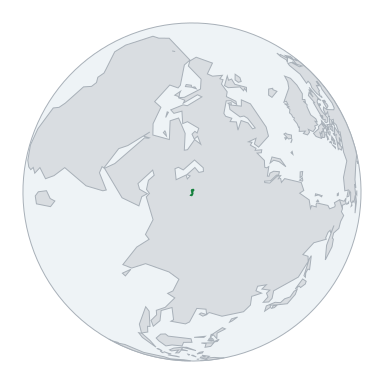 Khorezm highlighted on a globe, orthographic projection, rotated 72°
{"feature_id": "UZB-355", "entity_name": "Khorezm", "entity_type": "Region", "adm_level": 1, "iso_a3": "UZB", "parent_name": "Uzbekistan", "parent_adm1": "", "projection": "orthographic", "projection_center": [60.994, 41.256], "detail": "fine", "context": "on_globe", "style": "filled", "palette": "green", "viewbox_px": 384, "rotation_deg": 72, "n_neighbors": 0, "source": "natural_earth", "source_scale": "10m", "svg_char_len": 11347}
<svg xmlns="http://www.w3.org/2000/svg" viewBox="0 0 384 384"><g transform="rotate(72 192 192)"><circle cx="192" cy="192" r="169" fill="#eef3f6" stroke="#a8b0b8"/><path d="M199.4,23.2L204.4,23.6L207.6,23.9L215.2,27.3L230.7,33.2L238.8,34.9L234.6,35.0L252.0,38.6L262.5,43.5L248.7,38.2L245.7,37.9L251.9,41.1L250.2,41.6L252.2,43.6L249.6,44.0L241.7,41.3L239.9,41.7L244.4,44.0L244.6,46.2L238.4,42.7L238.1,46.3L224.9,43.4L210.3,35.2L201.0,35.5L180.6,32.6L180.4,33.9L172.6,34.1L169.5,35.9L166.6,35.2L166.7,37.2L169.9,37.5L171.1,38.6L169.6,39.8L165.6,39.0L165.8,38.3L163.8,38.7L162.5,37.9L162.3,39.0L157.6,38.2L159.9,40.8L154.3,41.6L151.9,40.7L155.2,38.4L157.6,31.8L156.1,30.8L150.7,31.3L134.3,36.7L131.4,36.9L125.3,38.8L125.4,39.6L130.3,38.4L129.1,40.7L135.2,39.5L135.6,40.4L140.6,40.4L136.6,43.0L129.9,45.8L125.5,46.0L122.5,47.4L124.0,49.5L113.3,52.8L101.8,60.2L99.4,61.0L99.4,57.6L106.1,51.1L106.2,48.3L102.8,53.0L96.8,55.6L94.4,57.4L92.8,59.1L93.8,59.4L91.0,61.1L93.4,56.6L95.9,55.0L95.1,56.3L98.2,53.4L99.8,51.2L96.6,53.0L102.2,48.9L113.2,42.5L124.7,37.0L136.6,32.4L148.8,28.7L161.3,25.9L173.9,24.0L186.6,23.1L199.4,23.2ZM202.2,23.3L204.9,23.5L209.4,24.1L204.7,23.6L201.1,23.3L202.2,23.3ZM216.5,25.7L213.8,25.4L213.8,24.9L215.4,25.2L216.5,25.7ZM245.0,36.2L241.5,34.8L245.5,36.1L245.0,36.2ZM252.9,43.8L254.4,44.1L254.8,45.1L252.9,43.8ZM142.5,39.0L141.6,39.7L141.1,39.3L142.5,39.0ZM145.5,38.5L145.7,37.6L147.2,37.2L147.0,37.7L145.5,38.5ZM251.3,46.7L251.4,48.2L249.9,46.1L251.3,46.7ZM145.0,39.7L149.8,36.7L152.3,36.1L154.1,37.9L145.0,39.7ZM250.6,48.9L251.1,53.1L254.5,54.1L245.0,54.1L247.8,50.2L245.4,47.4L248.5,48.9L250.6,48.9ZM171.6,37.2L168.1,36.9L172.4,36.1L171.6,37.2ZM174.1,36.4L185.9,33.2L190.3,34.5L185.5,35.2L192.4,36.3L188.8,38.4L184.2,38.3L182.0,37.0L182.3,38.9L174.1,36.4ZM239.7,53.6L238.7,54.3L238.3,53.1L239.7,53.6ZM171.8,39.0L173.8,38.1L177.8,39.1L174.6,41.1L174.3,40.1L171.8,39.0ZM195.9,35.6L198.3,36.9L196.1,38.9L196.7,39.7L189.1,38.6L195.9,35.6ZM172.7,40.5L172.8,42.1L169.6,42.8L170.2,40.0L172.7,40.5ZM180.2,38.6L181.9,39.2L179.9,39.5L180.2,38.6ZM158.1,46.5L160.4,45.1L162.7,45.5L158.1,46.5ZM173.1,42.7L174.3,42.5L175.4,42.5L174.9,43.7L173.1,42.7ZM188.0,40.2L186.6,40.9L191.0,40.8L189.5,42.5L184.7,41.5L186.1,42.7L185.7,43.2L182.3,41.9L188.0,40.2ZM177.8,45.2L171.1,44.9L166.4,47.2L164.2,46.9L172.2,43.3L177.8,45.2ZM180.7,43.3L178.4,44.4L176.9,43.3L177.5,42.0L180.7,43.3ZM190.2,44.1L193.8,41.7L194.7,42.0L190.2,44.1ZM176.7,46.1L178.3,46.2L176.5,46.4L176.7,46.1ZM186.4,44.9L187.5,43.9L188.6,44.3L186.4,44.9ZM180.6,47.2L178.5,47.0L178.9,46.0L180.6,47.2ZM183.5,46.3L184.7,47.1L180.3,45.8L183.9,45.8L183.5,46.3ZM187.2,45.4L188.2,45.3L186.6,45.8L187.2,45.4ZM180.5,51.3L174.9,49.9L175.7,47.6L181.0,49.2L180.5,51.3ZM31.8,209.7L31.8,181.0L35.4,176.1L38.7,166.2L65.9,153.2L68.8,160.0L86.9,170.1L88.7,173.1L83.4,180.1L94.5,199.6L101.8,195.4L115.0,207.9L125.7,211.6L135.1,197.3L117.5,190.8L117.5,181.9L134.1,180.4L149.9,186.4L150.4,183.2L143.0,173.3L149.3,168.9L140.7,169.4L142.3,173.5L137.0,174.1L135.2,170.5L137.5,168.9L133.5,165.9L123.7,174.6L124.1,179.7L112.0,176.6L111.6,184.9L107.3,186.8L106.4,173.5L108.5,169.8L104.6,153.2L101.2,156.7L104.8,172.8L102.5,170.5L98.0,176.0L99.6,170.0L96.7,152.1L87.5,148.5L71.1,156.5L66.7,153.6L65.1,146.4L75.7,132.7L84.4,140.9L88.2,136.7L90.4,127.0L92.9,130.5L94.8,127.8L98.5,130.6L107.6,127.6L111.9,129.8L119.3,122.2L122.5,122.5L117.2,126.8L115.9,131.3L127.1,137.4L130.4,136.6L134.2,131.3L136.8,134.0L139.1,128.1L147.4,129.2L139.2,123.2L143.6,117.4L150.6,114.9L150.6,112.1L139.1,116.3L135.8,119.1L135.4,123.1L125.2,130.4L120.6,129.8L125.6,118.5L119.6,116.6L126.2,109.2L153.1,101.4L162.5,102.0L169.9,114.8L165.6,117.8L160.7,114.5L161.7,122.8L163.3,119.6L165.5,122.0L170.2,117.6L171.9,119.1L173.4,112.6L176.1,113.9L175.1,118.1L184.3,113.4L190.9,115.2L192.1,113.5L191.5,111.1L200.2,115.4L200.8,113.9L198.1,112.0L197.5,107.9L199.7,102.6L202.6,104.3L202.1,106.5L205.6,113.9L204.1,119.7L205.5,119.9L207.5,115.3L203.3,106.2L203.8,102.6L206.5,106.5L205.5,104.8L206.7,103.5L210.5,104.0L207.9,99.7L216.7,85.2L225.1,85.2L226.4,90.0L235.7,83.0L244.3,84.4L241.9,82.5L244.6,78.4L242.0,77.8L241.0,76.6L246.8,66.9L250.5,66.3L250.2,60.8L248.9,59.9L246.2,59.9L245.0,54.1L254.5,54.1L256.9,56.0L261.2,55.0L266.0,59.8L272.0,63.6L274.8,70.0L279.3,72.8L280.5,72.1L287.4,75.8L297.8,86.2L284.3,80.5L267.7,67.3L274.0,72.7L271.1,72.5L272.4,75.1L277.0,79.1L278.4,78.9L277.9,91.8L285.8,105.9L289.0,101.5L294.0,103.0L305.8,117.2L311.2,144.9L317.9,148.7L320.3,153.0L318.9,158.4L315.3,152.2L311.2,152.4L309.4,148.3L305.9,155.5L303.2,150.0L301.9,158.7L305.7,161.7L309.7,157.1L309.7,167.5L317.6,171.4L321.8,180.0L319.4,201.9L312.1,212.6L312.4,215.8L307.8,214.9L304.2,223.4L314.8,234.5L315.4,239.0L308.4,252.0L307.8,249.0L295.7,246.7L295.2,258.0L304.5,262.2L307.7,270.3L301.4,270.6L297.9,263.6L293.5,262.5L293.4,253.1L287.4,241.1L280.9,246.5L280.2,240.7L270.9,231.4L260.9,238.6L245.8,258.3L245.7,272.9L239.7,280.2L227.3,261.6L223.7,247.4L218.0,249.4L206.3,237.6L182.5,237.0L180.2,232.9L175.5,234.5L167.4,229.8L164.4,222.8L159.0,222.6L167.3,240.8L173.2,241.0L179.8,235.0L180.9,241.2L188.8,246.8L175.9,260.3L142.4,267.9L141.1,256.6L125.8,220.3L127.4,217.0L127.4,216.6L127.3,215.8L123.9,220.9L121.9,213.6L128.0,238.7L128.1,248.3L141.9,268.4L140.1,269.7L145.1,274.1L163.6,272.9L163.3,276.4L153.4,290.8L129.5,305.5L133.8,318.2L134.1,327.2L121.8,329.1L125.5,335.7L119.6,335.4L120.9,338.4L117.7,339.5L111.2,338.4L97.3,331.1L94.3,328.3L84.2,319.0L69.2,298.0L70.4,292.3L68.3,285.0L58.5,262.7L60.5,254.9L58.4,249.0L53.8,246.1L51.7,239.0L49.1,236.3L34.8,222.2L31.8,209.7ZM53.2,164.6L51.7,167.3L53.2,164.6ZM164.6,201.0L175.4,203.3L174.0,192.3L178.1,192.4L176.1,188.8L173.9,191.5L169.6,181.7L175.5,179.4L176.0,174.8L172.4,173.8L162.3,179.7L168.3,193.5L164.3,197.3L164.6,201.0ZM96.7,55.8L96.4,56.2L94.4,58.1L94.5,57.5L96.7,55.8ZM90.4,65.9L86.1,68.4L89.2,66.0L88.6,65.4L94.3,59.9L98.4,61.2L95.5,61.4L90.4,65.9ZM103.1,53.5L99.0,56.5L103.4,53.2L103.1,53.5ZM102.1,111.1L102.0,114.1L98.7,116.4L93.3,114.6L98.0,111.1L102.1,111.1ZM102.8,118.0L109.3,107.9L113.0,109.0L109.8,110.0L111.6,111.7L106.9,113.9L104.0,125.3L100.9,128.2L92.5,122.6L97.0,122.7L96.8,119.5L102.8,118.0ZM119.6,83.5L122.5,80.1L126.7,86.7L123.5,89.2L117.8,87.3L118.3,83.2L119.6,83.5ZM147.2,43.8L148.0,42.8L149.1,42.9L149.3,43.9L147.2,43.8ZM159.0,45.8L144.7,48.9L144.9,47.8L136.2,51.5L133.4,49.9L139.2,47.5L130.5,49.3L134.6,46.6L128.6,48.3L141.6,43.0L144.9,40.9L142.3,43.8L144.8,45.1L146.8,45.1L155.1,43.6L163.4,40.1L167.2,41.2L167.6,43.0L166.2,44.0L164.2,42.9L163.8,45.1L159.8,44.2L159.0,45.8ZM170.8,68.0L169.1,65.4L167.5,71.3L163.5,69.8L163.6,70.6L159.5,70.9L154.6,72.8L153.2,71.7L151.9,73.0L149.2,73.4L146.9,74.8L143.7,73.4L140.7,75.1L140.9,73.5L136.5,76.8L138.3,73.7L134.9,74.2L135.0,76.9L123.1,67.8L116.7,66.9L110.4,68.1L114.3,63.2L122.7,59.2L132.6,56.7L138.2,58.5L138.9,56.1L141.8,56.4L140.0,58.1L144.5,55.6L146.4,56.3L155.3,55.3L160.6,51.6L163.9,51.3L162.8,53.1L166.9,51.6L167.1,54.9L169.5,54.8L172.0,58.2L168.4,62.0L171.4,61.7L173.4,64.5L170.8,68.0ZM181.0,52.3L177.6,56.8L173.8,58.3L171.0,51.9L168.8,51.5L166.9,47.8L172.5,45.8L172.6,47.0L173.9,47.7L171.6,48.0L174.4,48.3L174.6,50.1L176.8,50.8L175.1,52.0L181.0,52.3ZM92.6,171.7L94.3,173.3L97.4,174.8L94.6,178.5L92.6,171.7ZM90.3,159.6L92.1,160.2L89.7,165.7L88.0,164.3L90.3,159.6ZM95.2,156.0L92.4,159.8L92.9,156.8L95.2,156.0ZM119.1,127.2L121.3,127.6L120.7,129.0L118.6,130.4L119.1,127.2ZM165.3,86.7L164.9,84.6L166.0,84.2L168.6,79.8L171.7,80.7L171.4,83.8L165.3,86.7ZM130.9,199.0L126.7,200.9L125.5,198.9L127.2,198.6L130.9,199.0ZM108.9,189.8L113.0,194.0L108.1,190.8L108.9,189.8ZM169.1,87.0L169.8,85.0L171.0,86.7L169.1,87.0ZM174.2,81.3L175.9,82.9L172.4,80.4L174.2,81.3ZM162.2,331.1L155.2,343.6L147.3,342.3L144.3,338.1L145.8,330.0L154.4,328.9L158.2,325.2L162.2,331.1ZM333.3,271.4L335.8,269.2L335.6,269.9L333.3,271.4ZM330.7,272.2L333.8,269.4L329.9,273.9L330.7,272.2ZM335.0,268.3L338.2,264.1L339.6,261.8L339.2,263.2L335.0,268.3ZM328.4,274.2L315.0,284.1L309.3,286.2L311.0,283.3L320.2,277.8L328.4,274.2ZM310.5,283.6L301.4,282.9L286.8,271.5L292.1,269.6L306.9,273.5L306.0,275.8L311.5,277.3L310.5,283.6ZM331.3,258.3L330.3,264.4L323.2,269.6L319.8,271.2L317.5,265.7L318.8,261.1L321.7,259.2L331.3,238.3L334.9,238.5L332.4,246.5L335.3,249.0L331.3,258.3ZM246.6,274.0L251.2,281.3L247.7,283.3L246.6,274.0ZM333.9,225.6L330.9,234.9L333.3,224.0L333.9,225.6ZM334.6,216.4L335.4,219.2L333.3,217.7L334.6,216.4ZM313.4,220.1L310.4,222.8L309.8,220.7L313.2,215.9L313.4,220.1ZM325.0,187.3L327.1,193.9L327.4,196.5L324.9,193.7L325.0,187.3ZM197.0,94.9L190.0,99.8L187.0,104.5L188.6,108.8L183.4,105.1L187.9,97.8L197.0,94.9ZM214.0,86.1L212.5,82.7L215.1,83.0L215.8,83.8L214.0,86.1ZM211.7,84.8L206.3,82.9L206.7,80.4L210.9,82.3L211.7,84.8ZM187.5,84.4L185.2,85.7L184.3,84.2L187.5,84.4ZM306.1,316.6L308.8,314.0L312.1,309.0L313.4,308.1L316.3,302.9L329.6,287.5L340.1,269.4L344.0,264.0L349.1,251.5L352.1,245.4L349.3,253.6L349.6,252.9L344.5,264.8L338.4,276.3L331.6,287.3L323.8,297.7L315.3,307.5L306.1,316.6ZM339.4,265.3L343.4,257.3L345.1,254.8L339.4,265.3ZM357.2,227.5L357.0,228.6L354.6,236.1L355.7,231.8L355.9,229.0L352.3,235.5L351.6,234.5L353.2,230.0L350.3,233.0L353.6,226.3L354.5,229.3L356.2,221.9L358.2,217.1L359.5,213.0L359.7,212.4L357.2,227.5ZM352.8,237.8L353.2,236.8L352.6,239.2L352.8,237.8ZM346.1,244.2L345.9,245.8L344.9,246.1L346.1,244.2ZM347.5,241.5L350.2,238.9L347.1,243.1L347.5,241.5ZM337.1,248.5L338.2,250.9L341.7,245.1L339.0,251.0L340.9,254.2L340.0,257.1L338.1,253.5L336.8,260.6L335.2,262.1L334.8,257.6L336.6,249.3L338.1,245.0L344.1,237.2L337.1,248.5ZM347.6,237.3L346.8,234.3L347.3,230.8L348.3,231.8L347.6,237.3ZM343.7,227.6L340.6,225.5L338.5,229.8L342.2,217.9L344.6,221.9L343.7,227.6ZM340.1,219.1L338.2,223.2L339.8,216.7L340.1,219.1ZM337.3,222.1L336.4,218.9L338.3,217.5L337.3,222.1ZM341.2,218.1L340.5,211.7L342.0,214.2L341.2,218.1ZM334.0,211.8L339.1,213.7L333.5,216.3L330.4,205.0L332.5,202.6L334.0,211.8ZM327.2,152.3L325.1,149.5L326.2,146.7L327.4,149.4L327.2,152.3ZM327.7,135.9L325.8,145.0L323.8,152.8L325.8,152.9L327.8,159.7L323.3,156.5L322.6,147.0L324.6,142.1L322.2,136.9L322.1,131.0L318.0,125.7L317.0,122.0L321.3,125.4L327.7,135.9ZM316.1,123.7L308.9,113.6L312.2,111.0L314.5,112.7L316.4,118.3L314.6,119.2L316.1,123.7ZM308.1,110.5L306.2,111.4L291.6,100.9L289.4,98.2L302.2,104.2L301.1,105.6L304.1,108.8L308.1,110.5ZM240.4,55.0L238.8,54.4L240.5,54.3L240.4,55.0ZM239.4,76.4L238.4,74.8L240.4,74.5L239.4,76.4ZM236.6,70.2L235.1,71.6L235.5,69.4L236.6,70.2ZM231.9,75.1L233.9,71.9L233.7,76.0L231.9,75.1Z" fill="#d9dde1" stroke="#a8b0b8" stroke-width="1"/><path d="M190.3,190.5L190.4,190.4L190.2,190.2L190.2,189.9L190.3,189.9L190.5,189.8L190.8,189.9L190.8,190.0L190.9,190.3L191.0,190.4L191.0,190.5L191.3,190.6L191.4,190.8L192.0,191.3L192.1,191.5L192.3,191.6L192.6,191.7L192.6,191.8L192.8,191.9L192.9,191.7L193.0,191.6L193.6,191.7L193.8,191.8L194.3,192.3L194.6,192.7L194.6,192.8L194.8,192.7L195.1,193.1L195.2,193.3L195.1,193.6L194.7,194.2L194.5,193.9L194.5,193.7L194.4,193.7L194.3,193.4L194.2,193.1L194.2,192.8L194.2,192.7L194.0,192.4L193.5,192.0L193.3,191.9L193.1,191.9L192.9,191.9L192.9,192.0L192.7,192.2L192.6,192.3L192.2,192.1L191.9,192.0L191.7,192.0L191.3,192.0L191.0,192.1L190.9,192.1L190.7,192.1L190.6,191.9L190.3,191.7L190.0,191.6L189.9,191.5L190.0,191.2L190.0,190.8L189.9,190.6L190.0,190.4L190.3,190.5L190.3,190.5Z" fill="#22c55e" stroke="#15803d" stroke-width="1.5"/></g></svg>